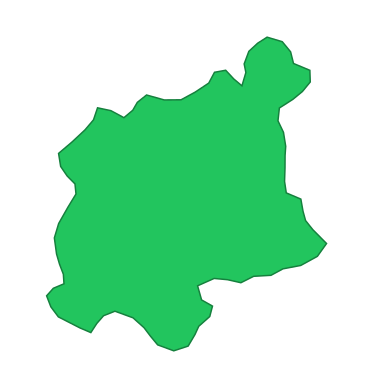 outline of Bandeira do Sul, Minas Gerais, Brazil, rotated 274°
{"feature_id": "56859067B38581896750918", "entity_name": "Bandeira do Sul", "entity_type": "district", "adm_level": 2, "iso_a3": "BRA", "parent_name": "Brazil", "parent_adm1": "Minas Gerais", "projection": "equal_earth", "projection_center": [-46.384, -21.726], "detail": "fine", "context": "isolated", "style": "filled", "palette": "green", "viewbox_px": 384, "rotation_deg": 274, "n_neighbors": 0, "source": "geoboundaries", "source_scale": "gbopen_adm2", "svg_char_len": 1145}
<svg xmlns="http://www.w3.org/2000/svg" viewBox="0 0 384 384"><g transform="rotate(274 192 192)"><path d="M221.2,56.2L208.3,59.2L199.2,66.4L191.9,74.7L181.9,76.4L168.4,69.4L151.3,61.2L136.6,57.9L120.7,61.2L110.7,64.9L101.0,69.4L91.5,70.7L86.3,60.4L78.3,54.2L67.6,59.2L58.1,67.4L53.7,77.7L48.5,89.9L44.7,100.9L54.2,106.2L62.4,112.4L67.7,123.4L62.4,141.9L53.3,153.6L45.3,160.6L37.1,168.4L32.3,184.9L38.0,198.9L50.0,204.9L58.5,208.1L69.0,218.4L79.6,220.4L85.0,209.1L98.8,204.1L107.3,220.1L107.0,233.6L104.9,247.1L112.2,259.4L114.4,276.6L121.7,288.1L126.3,305.6L136.6,321.6L150.0,329.8L162.9,315.1L171.4,307.3L180.5,304.1L192.5,301.1L197.7,286.1L209.0,283.6L222.5,283.1L234.9,282.3L244.1,282.3L257.9,279.1L269.0,272.8L281.9,273.3L291.4,286.1L299.9,295.1L310.0,302.3L321.6,301.1L327.3,284.3L338.7,280.6L348.2,271.6L351.7,256.1L345.0,247.1L336.3,238.9L323.4,235.1L314.9,237.4L301.4,234.4L307.6,225.9L315.8,217.1L313.0,206.1L301.8,201.1L291.8,188.1L283.2,174.6L281.9,157.9L285.6,139.9L277.6,131.2L269.4,127.2L261.4,118.9L267.5,105.4L269.4,91.9L257.1,88.7L246.5,80.9L233.6,68.9L221.2,56.2Z" fill="#22c55e" stroke="#15803d" stroke-width="1.5"/></g></svg>